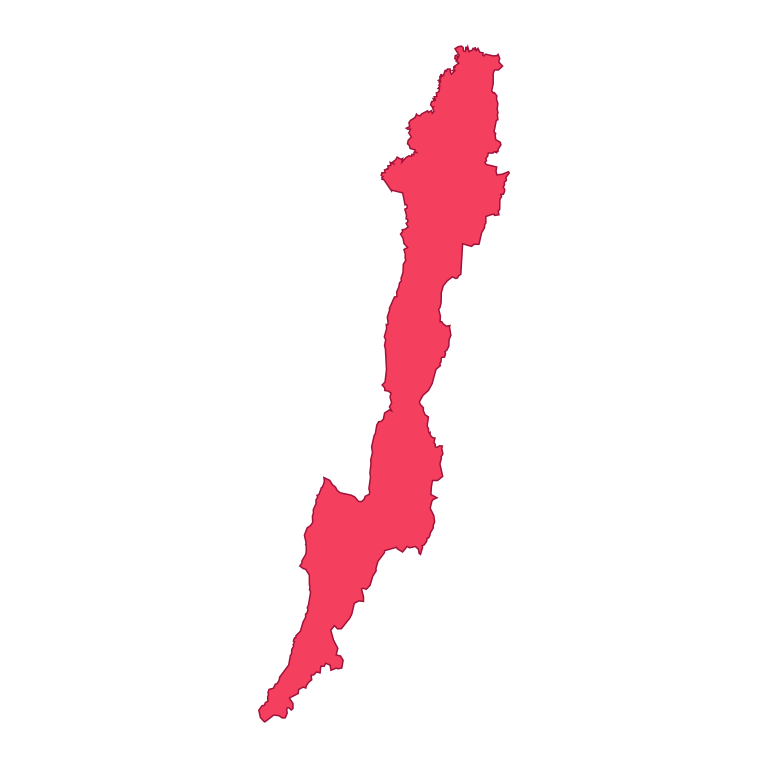 the district of Bogotá, D.c., Bogota, Colombia
{"feature_id": "7082276B37057214617227", "entity_name": "Bogotá, D.c.", "entity_type": "district", "adm_level": 2, "iso_a3": "COL", "parent_name": "Colombia", "parent_adm1": "Bogota", "projection": "robinson", "projection_center": [-74.157, 4.284], "detail": "fine", "context": "isolated", "style": "filled", "palette": "rose", "viewbox_px": 768, "rotation_deg": 0, "n_neighbors": 0, "source": "geoboundaries", "source_scale": "gbopen_adm2", "svg_char_len": 6050}
<svg xmlns="http://www.w3.org/2000/svg" viewBox="0 0 768 768"><path d="M442.4,446.1L439.6,445.8L436.7,447.5L435.3,446.7L435.3,444.3L433.9,442.6L435.0,438.0L432.9,437.8L431.1,436.2L430.0,434.4L430.1,432.4L429.3,432.9L428.6,432.0L428.5,428.6L427.1,426.1L428.4,416.9L425.3,415.0L423.3,410.8L423.4,407.7L420.1,404.2L419.4,401.8L422.9,395.4L428.4,390.5L432.1,383.7L436.0,369.3L440.3,365.7L439.8,363.4L441.0,362.0L441.2,358.6L441.8,357.4L444.5,357.1L445.6,353.7L444.8,351.8L446.9,350.1L448.8,346.2L449.1,339.5L450.9,335.2L449.5,327.2L449.9,325.5L446.4,326.2L443.2,323.9L441.8,321.7L440.1,321.7L440.4,316.1L438.7,309.4L440.0,307.5L441.1,302.7L441.3,292.7L443.3,285.7L447.3,280.8L452.3,276.9L456.0,278.5L457.6,277.8L458.7,275.6L460.8,274.4L462.6,243.8L471.6,246.4L473.8,244.3L479.0,244.3L481.6,232.8L484.5,227.8L484.7,224.8L485.9,222.8L485.8,216.5L492.1,214.4L493.9,214.2L494.5,215.4L498.9,214.8L498.3,211.1L499.7,209.5L499.9,199.3L501.6,196.6L500.8,194.5L503.4,194.3L504.4,191.8L504.8,189.9L503.3,186.9L504.5,184.9L504.3,182.1L506.4,180.5L505.9,177.5L509.2,173.0L508.5,171.7L502.1,174.3L496.8,174.8L496.0,171.0L496.7,167.0L486.3,164.5L484.8,162.6L486.5,160.7L485.8,158.5L487.7,156.2L488.2,153.0L492.9,153.1L494.3,151.7L497.2,153.0L496.1,151.7L498.0,151.4L498.1,149.3L500.9,144.8L500.1,142.1L495.8,139.7L495.1,135.0L495.7,133.4L494.0,132.0L496.3,120.4L497.9,119.7L497.3,114.3L498.0,112.8L497.1,109.0L497.9,103.8L496.5,99.3L496.8,95.8L494.3,92.6L493.4,93.0L491.7,91.0L493.2,83.7L493.2,73.4L494.6,69.9L498.4,70.0L502.6,66.1L498.8,62.0L499.7,58.6L498.1,54.4L496.8,55.7L493.0,55.9L485.4,54.1L483.9,55.9L482.8,55.1L483.1,52.9L479.8,52.2L478.0,48.4L476.6,50.3L474.9,47.2L475.2,49.9L473.1,48.3L471.6,50.8L469.6,50.8L469.1,51.7L467.8,46.9L467.0,50.0L466.7,47.2L465.8,47.4L465.5,51.5L463.6,51.1L463.1,47.5L461.3,46.1L458.1,46.7L455.0,48.7L459.2,55.4L457.6,58.6L457.0,55.0L455.3,55.6L454.8,58.7L457.1,59.9L456.0,61.0L458.8,63.1L454.0,66.6L454.9,67.3L453.8,67.7L454.1,69.8L452.5,70.6L454.8,70.8L451.5,74.2L450.3,72.2L450.2,69.1L447.5,69.0L446.2,71.7L446.5,70.2L445.0,70.5L443.5,75.5L441.6,76.4L441.3,74.9L442.5,74.6L440.9,74.6L440.1,76.7L441.4,77.9L439.8,77.3L440.1,79.6L438.6,80.3L440.1,80.9L438.6,82.3L440.4,81.8L438.9,85.4L439.9,86.3L438.1,88.4L439.5,88.4L438.9,91.8L436.3,93.0L436.9,96.5L434.1,96.8L435.7,100.7L434.8,99.1L433.2,98.7L434.2,100.7L431.6,101.6L430.6,104.9L432.1,106.8L433.5,107.0L432.6,107.8L433.8,111.7L432.3,113.3L431.3,110.7L428.6,112.4L427.6,110.8L421.5,114.0L420.2,115.8L417.5,115.3L416.5,114.1L415.1,117.5L410.4,120.4L408.9,122.7L409.7,126.5L406.3,128.2L407.7,129.2L410.5,129.1L408.8,133.0L411.4,137.0L408.2,140.3L407.5,143.8L409.3,145.4L410.1,148.5L415.1,149.8L414.9,151.3L416.3,152.4L414.2,152.2L413.7,154.8L412.0,154.3L411.4,156.3L409.0,155.8L406.1,157.5L401.9,162.1L402.7,158.5L401.0,159.3L397.1,157.1L395.8,159.7L392.5,162.2L393.6,163.7L390.2,162.4L390.9,165.3L387.8,165.9L388.4,167.8L387.4,168.5L388.6,168.6L384.5,169.9L385.2,172.5L381.8,172.8L381.2,175.4L382.9,176.7L381.8,177.9L382.8,178.7L382.2,179.3L384.0,179.8L391.6,191.0L391.8,190.2L402.7,192.9L405.0,204.8L405.9,204.3L407.3,205.8L407.0,208.1L404.8,209.2L406.5,215.2L406.1,218.9L407.6,219.4L407.8,220.5L407.8,222.0L406.1,223.3L408.2,226.9L404.8,229.4L402.2,229.8L402.7,231.7L400.5,234.0L403.0,238.2L404.0,243.6L407.6,247.5L403.9,249.5L405.3,254.2L405.1,258.2L405.8,260.2L403.3,264.3L403.0,272.4L401.0,278.5L401.4,280.9L399.5,282.9L398.8,287.0L396.7,291.9L396.9,296.7L394.4,297.0L389.3,308.7L389.7,309.8L387.3,317.1L388.2,323.7L387.2,324.9L386.3,324.5L386.6,328.6L384.3,336.9L385.7,339.7L384.5,345.7L385.4,348.7L386.5,369.6L385.0,382.1L382.1,385.0L384.8,388.0L384.8,390.5L388.2,391.1L391.0,393.1L390.0,396.9L391.6,402.9L389.4,406.9L391.6,410.9L389.3,409.9L384.6,413.0L383.3,419.3L380.8,421.6L378.7,421.6L376.8,425.0L375.2,434.2L374.3,435.0L371.6,446.9L372.5,452.6L370.7,459.8L371.0,463.7L369.9,473.1L370.5,477.0L368.9,488.6L369.7,491.8L369.3,494.3L365.2,496.3L364.1,499.3L361.6,501.6L358.5,501.4L354.7,496.9L351.0,495.1L340.2,492.8L337.0,490.2L335.5,487.1L332.6,484.9L329.7,480.3L323.9,477.6L324.4,480.9L323.7,483.9L322.2,487.5L321.5,487.5L319.0,494.4L317.0,495.4L317.7,497.1L316.0,499.9L316.0,503.7L313.3,509.7L313.4,513.4L312.4,516.0L312.7,522.4L310.4,525.7L307.2,527.8L304.4,535.2L306.1,542.9L305.6,544.7L306.2,545.4L306.3,551.5L305.6,554.6L302.0,560.7L301.8,563.3L299.8,566.0L303.2,568.6L305.6,569.2L309.3,575.1L309.4,585.2L310.0,586.4L309.5,589.9L310.5,591.2L310.4,593.5L308.4,605.3L307.3,607.5L307.9,610.1L306.9,613.2L305.6,614.0L305.6,617.4L303.2,621.7L300.4,631.2L296.0,635.6L295.9,637.5L294.7,637.8L293.8,639.6L293.4,641.2L294.5,641.9L293.1,644.8L293.8,646.0L291.8,649.3L291.5,654.2L290.4,655.3L288.7,665.0L279.6,677.2L279.1,680.5L277.1,683.5L275.2,684.3L273.5,688.2L269.0,689.4L268.0,692.4L268.5,694.7L267.6,697.0L267.9,701.2L265.4,702.6L264.3,705.3L262.1,705.7L258.8,710.2L260.4,717.5L263.8,721.3L264.9,721.9L273.8,715.0L278.9,715.7L282.4,718.0L285.3,717.8L287.2,713.1L286.7,709.3L287.5,707.8L289.1,707.9L291.2,710.0L293.0,708.5L293.0,703.6L289.4,698.0L298.2,693.5L298.7,689.5L303.1,687.1L305.9,688.0L306.2,685.9L308.7,682.2L311.7,679.8L311.1,675.2L313.7,674.9L316.5,672.0L320.1,672.9L320.8,666.3L324.1,666.3L325.8,663.3L330.1,665.1L331.0,670.3L336.3,668.1L337.9,668.8L341.8,668.0L343.1,660.2L340.5,656.0L336.2,654.9L337.8,648.3L333.5,640.1L330.8,630.2L334.5,625.6L337.6,628.9L341.4,628.7L349.7,618.2L351.8,614.1L354.3,603.3L358.8,600.9L363.5,601.4L363.5,596.9L361.5,589.0L363.0,588.2L366.3,589.3L370.1,585.2L372.7,576.3L376.2,570.7L375.9,568.6L377.9,561.4L384.3,552.9L384.6,550.7L396.4,547.3L397.4,548.9L402.6,552.0L407.1,546.4L409.6,547.8L415.4,546.5L418.5,549.3L419.1,553.4L420.5,554.4L422.6,547.2L422.1,545.7L424.2,544.9L426.6,541.4L427.2,538.3L428.6,537.9L429.8,535.7L430.2,533.2L433.3,527.8L433.3,525.1L434.6,522.1L433.8,515.6L430.2,508.3L431.8,501.4L433.2,499.5L437.0,497.8L430.9,494.5L431.4,486.5L432.5,480.5L437.5,480.5L442.7,476.4L439.9,463.9L441.4,458.3L441.0,457.0L442.9,453.9L441.7,448.2L442.4,446.1Z" fill="#f43f5e" stroke="#9f1239" stroke-width="1.5"/></svg>